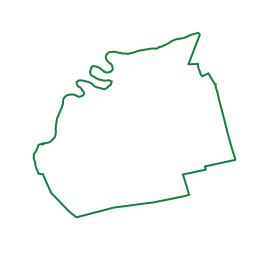 Secusigiu, Arad, Romania, rotated 348°
{"feature_id": "2599482B2684456974434", "entity_name": "Secusigiu", "entity_type": "district", "adm_level": 2, "iso_a3": "ROU", "parent_name": "Romania", "parent_adm1": "Arad", "projection": "natural_earth1", "projection_center": [20.991, 46.095], "detail": "fine", "context": "isolated", "style": "outline", "palette": "green", "viewbox_px": 256, "rotation_deg": 348, "n_neighbors": 0, "source": "geoboundaries", "source_scale": "gbopen_adm2", "svg_char_len": 4502}
<svg xmlns="http://www.w3.org/2000/svg" viewBox="0 0 256 256"><g transform="rotate(348 128 128)"><path d="M173.5,201.9L173.5,200.6L172.1,184.9L195.4,184.9L195.4,181.6L224.0,181.5L225.8,181.5L226.2,181.5L226.4,181.4L226.5,181.2L225.5,171.4L225.2,166.1L224.3,152.6L223.9,138.9L223.8,138.0L223.4,128.7L222.9,118.1L222.9,112.4L222.6,109.1L222.3,106.3L222.4,105.5L222.3,105.2L222.3,104.9L222.6,104.4L222.9,103.9L223.0,103.7L222.9,103.4L222.3,103.1L222.0,103.0L221.5,101.6L220.2,97.9L218.0,91.3L211.4,92.9L210.5,91.2L210.3,90.5L210.1,89.8L210.2,89.2L209.4,84.2L209.2,82.9L209.3,82.6L209.4,82.4L209.5,82.1L209.6,81.6L209.6,80.9L209.7,79.8L201.3,78.5L200.5,78.0L204.4,72.1L208.8,65.2L209.8,63.7L217.2,52.5L217.6,51.4L217.0,50.3L216.6,49.6L212.0,49.7L208.1,50.0L207.1,50.3L206.5,50.5L205.9,50.7L204.6,51.0L203.2,51.3L200.9,51.5L199.6,51.5L198.0,51.4L197.0,51.4L196.5,51.3L196.1,51.4L193.8,51.3L192.5,51.4L190.1,51.8L187.7,52.5L185.3,53.5L181.1,54.6L180.6,54.5L180.0,55.0L178.5,55.3L176.5,55.3L175.4,55.2L174.5,55.7L173.6,56.1L172.7,56.2L171.5,56.2L171.0,55.9L169.6,55.6L168.2,55.3L165.9,55.1L160.3,54.9L158.1,54.8L155.9,54.7L153.3,54.8L149.6,55.4L146.1,55.3L144.8,55.5L144.2,55.6L143.0,55.5L142.7,55.2L140.8,54.6L139.0,54.2L137.4,53.6L135.6,52.8L133.1,51.8L131.6,50.9L131.0,50.8L130.7,50.5L130.2,50.5L128.3,50.3L127.0,50.0L126.0,50.0L125.2,50.0L124.0,50.5L122.7,51.4L121.8,52.2L121.1,53.6L121.0,54.4L120.9,55.4L121.2,56.6L121.8,58.1L122.9,59.9L124.2,61.3L124.9,62.2L125.2,62.9L125.3,63.7L125.4,64.6L125.5,65.5L125.4,66.0L125.3,66.7L125.3,67.3L124.9,68.0L124.6,68.3L123.9,68.6L123.5,68.7L122.8,69.3L121.5,69.5L120.8,69.5L120.0,69.5L119.2,69.4L118.4,69.2L117.9,69.0L117.6,68.7L117.5,68.4L116.9,68.4L116.2,67.8L116.2,67.3L115.5,66.8L115.0,66.2L114.5,65.6L113.9,64.7L113.5,64.2L112.7,63.3L112.1,62.8L111.7,62.5L111.3,62.2L110.5,61.8L109.3,61.1L108.8,60.9L107.8,60.5L106.7,60.1L106.0,60.4L105.3,60.6L104.3,61.8L104.2,62.3L104.0,62.9L103.0,64.3L102.4,65.7L102.6,67.4L103.0,68.8L104.5,70.1L105.6,70.9L106.9,72.3L108.6,73.8L110.6,74.9L112.9,76.0L114.5,76.7L116.7,77.1L118.7,77.3L119.6,77.5L120.5,78.1L121.0,78.6L121.7,79.0L121.5,79.4L121.2,79.5L121.2,80.2L120.7,81.0L120.5,81.5L119.7,82.4L118.5,82.8L117.5,83.2L117.1,83.7L116.6,83.9L115.7,84.3L115.4,84.5L114.7,84.8L114.0,85.0L113.1,85.2L112.3,84.9L111.4,84.4L110.5,84.0L109.6,83.5L108.8,82.9L108.0,82.7L106.0,81.7L105.0,81.0L103.8,80.2L103.2,79.5L102.4,78.1L102.2,77.1L100.9,76.4L99.5,75.1L98.5,74.6L96.6,73.7L95.4,73.0L93.0,72.0L91.1,71.4L89.9,71.3L89.2,71.5L87.9,72.1L87.3,72.5L87.1,72.9L87.1,73.3L87.1,73.8L87.2,74.8L87.3,75.5L87.6,76.3L87.9,76.9L88.1,77.1L88.3,77.3L89.2,78.0L89.7,78.6L90.2,79.4L90.7,80.2L91.1,81.4L91.5,82.2L92.0,83.0L92.2,84.0L92.3,84.7L92.2,85.1L91.7,85.9L90.9,86.6L90.3,86.9L89.7,87.0L89.0,87.2L88.3,87.3L86.9,87.4L86.2,87.1L85.7,86.8L85.0,86.4L84.3,85.9L83.6,85.1L82.4,84.2L81.6,84.0L80.6,83.7L79.0,83.4L77.7,83.2L75.8,83.3L74.9,83.5L74.3,83.6L73.5,84.0L73.1,84.2L71.6,85.4L71.0,86.0L70.5,87.1L69.9,89.0L69.5,90.0L69.5,90.7L69.3,91.2L68.9,91.7L68.3,92.4L68.0,93.0L67.8,93.5L67.6,94.0L67.2,94.8L66.3,95.8L65.9,96.2L65.4,96.9L65.4,97.3L64.8,98.1L64.5,98.5L64.2,98.8L63.5,99.7L63.1,100.5L62.6,101.2L62.0,101.8L61.5,102.6L61.1,103.1L60.7,103.6L60.3,104.7L59.5,106.8L59.3,107.3L59.1,107.4L59.1,107.7L59.0,108.1L58.9,108.3L58.9,108.6L58.2,110.3L57.8,111.3L57.6,112.1L57.3,112.7L57.1,114.0L56.8,114.8L56.7,115.9L56.7,116.8L56.4,117.7L55.9,118.7L55.4,120.1L54.9,121.1L53.7,122.4L52.9,123.0L51.3,124.1L50.4,124.6L49.5,125.1L48.3,125.7L47.5,125.7L45.5,125.7L43.9,125.7L42.7,125.8L41.5,126.1L40.8,126.4L40.6,126.0L40.7,125.7L41.0,125.4L40.6,125.4L39.4,125.7L38.5,125.7L37.7,125.9L36.9,126.1L36.5,126.6L36.3,126.9L35.6,128.4L35.2,129.1L34.7,129.8L33.8,130.7L33.2,131.4L32.5,132.4L32.1,132.6L31.6,132.9L30.8,133.7L30.3,134.6L30.2,135.0L30.0,135.8L29.9,136.6L29.8,137.3L29.5,138.0L29.5,138.7L29.5,139.4L29.7,140.1L29.9,141.2L30.0,141.7L30.2,142.1L30.1,142.4L30.0,142.6L29.8,143.5L29.7,144.1L29.7,145.2L29.7,146.0L29.8,147.7L29.9,148.6L30.1,149.3L30.4,149.9L30.5,150.9L30.7,152.6L30.7,153.2L30.7,153.8L32.5,154.8L35.2,155.5L35.5,157.3L35.6,157.9L35.6,158.1L35.9,159.2L36.8,163.7L38.0,169.2L39.3,175.4L40.3,177.0L42.4,180.4L44.0,182.9L46.8,187.4L49.8,192.3L52.2,196.2L55.4,200.3L59.0,204.6L67.6,204.3L77.7,203.8L82.7,203.6L85.0,203.5L91.1,203.2L95.0,203.0L97.3,202.9L103.8,203.4L111.4,204.0L120.2,204.7L129.5,205.4L137.4,206.1L139.2,206.1L147.5,206.2L157.1,206.3L166.2,206.4L173.9,206.1L173.5,201.9Z" fill="none" stroke="#15803d" stroke-width="2"/></g></svg>